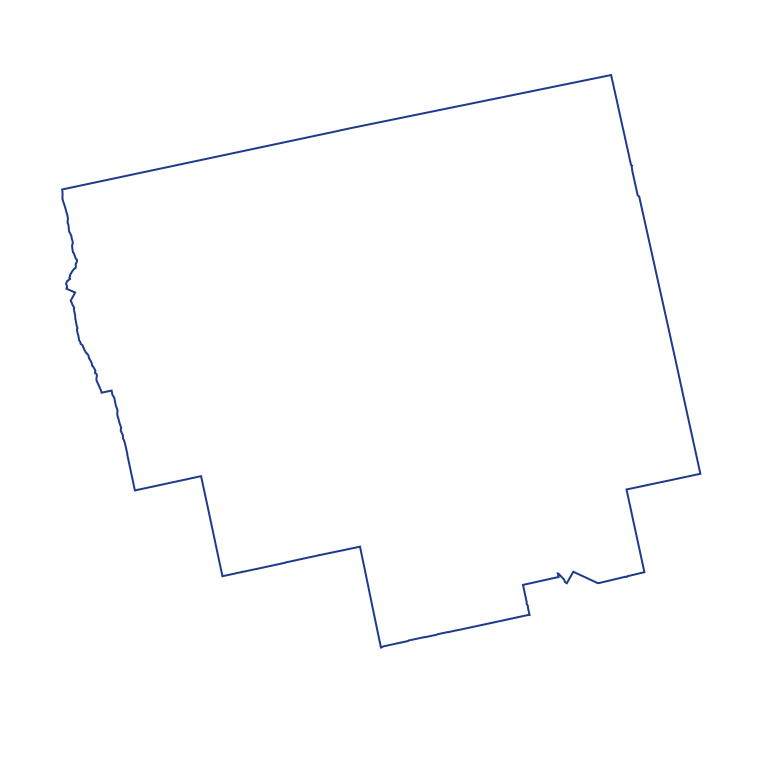 Southern Mallee, South Australia, Australia, rotated 258°
{"feature_id": "25037944B47874528632088", "entity_name": "Southern Mallee", "entity_type": "district", "adm_level": 2, "iso_a3": "AUS", "parent_name": "Australia", "parent_adm1": "South Australia", "projection": "equal_earth", "projection_center": [140.616, -35.367], "detail": "fine", "context": "isolated", "style": "outline", "palette": "blue", "viewbox_px": 768, "rotation_deg": 258, "n_neighbors": 0, "source": "geoboundaries", "source_scale": "gbopen_adm2", "svg_char_len": 5896}
<svg xmlns="http://www.w3.org/2000/svg" viewBox="0 0 768 768"><g transform="rotate(258 384 384)"><path d="M641.2,109.7L636.7,109.1L632.2,108.0L629.6,108.1L623.8,108.8L617.8,109.1L615.0,109.4L611.4,109.2L607.6,108.0L605.3,108.4L598.7,107.7L594.1,109.0L591.1,108.8L588.6,109.1L586.4,108.8L584.0,107.6L579.5,107.2L577.5,107.2L576.2,107.8L570.6,108.6L569.9,109.2L568.9,109.5L567.2,108.9L565.4,107.3L562.6,107.0L561.6,106.3L560.8,104.5L558.8,102.2L555.6,99.4L554.8,99.4L553.3,98.3L552.1,98.8L551.2,96.8L550.8,96.4L550.7,95.7L548.3,93.9L545.9,94.2L544.2,94.0L543.9,93.5L543.2,93.2L537.7,100.9L534.4,98.1L533.7,97.5L530.5,94.8L528.3,95.5L527.5,95.5L525.3,96.0L524.1,96.5L522.7,96.8L521.9,96.2L514.9,96.1L511.7,95.6L510.6,95.7L506.8,95.5L503.7,95.6L503.1,95.8L502.1,95.7L501.7,95.2L500.5,94.8L500.0,94.9L496.6,94.8L495.4,95.1L490.4,94.9L490.2,94.9L487.7,95.8L486.5,95.5L484.5,97.2L479.3,98.1L478.4,98.6L476.7,98.9L475.7,99.8L474.7,100.1L474.1,100.6L472.6,100.9L471.1,100.8L470.4,101.1L470.0,101.0L466.8,102.2L465.6,102.2L464.8,102.5L462.7,102.3L461.6,103.1L457.9,104.3L456.8,104.4L455.0,103.5L454.4,103.9L453.9,104.7L452.9,105.0L451.4,104.8L449.7,104.0L447.5,103.5L436.7,105.8L434.2,106.0L434.2,116.2L429.8,116.1L426.8,117.3L418.5,117.2L413.9,117.9L409.6,116.7L409.0,116.8L408.0,116.7L406.9,116.9L400.7,117.2L397.5,117.6L395.7,117.8L393.4,116.8L392.9,116.8L391.9,117.2L391.2,117.1L388.5,117.9L386.2,117.7L385.1,117.4L384.7,117.4L383.7,117.8L382.3,118.1L381.9,118.0L380.3,118.3L368.9,118.4L368.6,118.2L368.3,118.2L367.5,118.2L367.0,118.2L331.7,118.2L331.9,185.9L300.1,186.0L278.9,186.0L253.6,186.0L229.6,186.0L229.6,199.8L229.7,200.1L229.7,200.5L229.7,201.3L229.7,202.1L229.7,202.5L229.6,203.2L229.6,203.7L229.6,204.2L229.7,204.7L229.6,205.7L229.8,206.1L229.6,206.2L229.7,250.6L229.8,250.6L230.0,251.0L230.0,252.1L230.0,252.8L229.9,253.2L229.9,253.5L229.9,254.0L229.9,255.0L229.9,255.5L229.9,255.9L229.9,256.2L229.9,256.4L230.0,271.1L230.0,284.7L230.0,285.0L230.2,285.4L230.1,285.5L230.0,285.8L230.0,286.7L230.0,290.6L229.9,309.3L229.9,326.7L201.4,326.6L173.2,326.4L126.8,326.2L126.8,326.7L127.0,327.3L127.2,328.0L127.5,328.6L127.5,329.0L127.6,354.0L128.0,354.8L128.0,370.9L127.9,371.6L127.8,372.0L127.8,372.5L127.8,373.4L127.8,382.7L127.8,383.4L127.9,384.1L128.1,385.0L128.1,394.5L127.9,394.7L128.0,403.6L127.9,403.9L128.1,477.3L128.0,477.8L128.0,478.1L127.9,478.3L128.7,478.3L129.3,478.4L129.9,478.3L130.3,478.4L130.7,478.3L131.0,478.3L132.0,478.3L132.3,478.3L132.8,478.3L133.4,478.3L134.2,478.3L135.3,478.3L135.7,478.4L136.8,478.5L137.1,478.6L137.5,478.5L138.2,478.2L139.2,477.9L139.4,477.9L139.6,477.9L139.8,477.9L140.2,478.0L140.5,478.1L140.8,478.2L158.6,478.2L158.9,514.6L162.5,514.6L162.4,514.8L162.1,515.2L161.8,515.5L161.3,515.8L160.8,516.1L160.5,516.3L155.5,519.3L155.1,519.6L152.7,519.8L151.1,521.4L161.0,530.1L144.7,551.8L144.6,552.8L144.6,553.4L144.6,554.7L144.7,555.5L144.8,560.9L144.8,561.6L144.9,565.8L145.0,567.1L145.0,567.7L145.0,568.7L145.0,569.3L145.1,572.4L145.1,572.9L145.1,574.0L145.2,575.8L145.2,577.0L145.3,578.9L145.3,580.0L145.0,580.3L145.0,580.7L144.9,581.8L145.0,582.0L145.4,582.2L145.4,582.8L145.4,584.8L145.5,586.4L145.5,586.8L145.5,588.3L145.5,588.7L145.5,589.0L145.6,590.4L145.6,591.0L145.6,591.6L145.6,593.6L145.7,595.0L145.7,595.7L145.8,598.4L145.8,599.6L192.6,599.4L230.4,599.3L230.4,625.3L230.4,674.8L307.5,674.3L348.1,674.1L384.2,673.8L449.9,673.2L514.4,672.6L514.5,672.5L514.9,672.0L515.6,671.6L516.0,671.4L517.1,671.3L518.1,671.4L518.8,671.3L519.1,671.3L520.2,671.3L520.6,671.3L521.6,671.3L522.1,671.3L522.8,671.3L523.3,671.4L523.6,671.3L523.9,671.3L524.4,671.3L525.1,671.3L525.9,671.3L526.9,671.3L527.6,671.2L528.6,671.3L529.0,671.3L529.9,671.2L530.6,671.3L531.3,671.3L531.7,671.3L532.5,671.2L533.4,671.3L534.3,671.3L534.8,671.2L535.9,671.2L536.9,671.2L537.6,671.2L538.6,671.2L538.9,671.2L539.1,671.2L539.8,671.2L540.2,671.2L540.6,671.2L540.9,671.2L541.1,671.2L541.6,671.2L542.0,671.2L542.7,671.4L543.4,671.4L544.1,671.4L544.6,671.5L545.4,671.6L546.0,672.0L546.4,671.4L546.8,671.2L547.1,671.2L547.6,671.2L547.9,671.2L549.0,671.2L549.5,671.1L550.1,671.2L550.9,671.1L552.6,671.1L553.2,671.1L553.5,671.1L553.9,671.1L554.7,671.1L555.5,671.1L556.1,671.1L556.5,671.1L557.9,671.1L558.7,671.1L559.1,671.1L559.8,671.1L560.4,671.0L561.0,671.0L561.7,671.1L562.0,671.1L562.4,671.1L562.7,671.1L562.9,671.1L563.1,671.1L563.4,671.0L564.2,671.1L565.1,671.0L566.2,671.0L566.5,671.0L566.8,671.0L567.4,671.0L567.6,671.0L567.9,671.0L568.1,671.0L568.6,671.0L569.3,671.0L569.5,671.0L570.3,671.0L570.8,671.0L571.4,671.0L571.8,671.0L572.0,671.0L572.3,671.0L572.5,671.0L573.1,671.0L573.3,670.9L574.2,671.0L574.5,671.0L575.5,670.9L576.2,671.0L576.5,671.0L576.8,671.0L577.6,671.0L578.5,670.9L579.3,670.9L580.3,670.9L580.7,670.9L581.5,670.9L582.7,670.9L583.1,670.9L584.0,670.9L584.3,670.8L585.0,670.9L585.6,670.8L586.6,670.8L586.8,670.8L587.0,670.8L587.3,670.8L588.0,670.8L588.4,670.8L589.4,670.8L590.4,670.8L591.1,670.8L592.2,670.8L592.4,670.8L592.9,670.8L593.4,670.8L594.3,670.8L594.6,670.8L595.0,670.8L595.6,670.7L596.2,670.7L597.0,670.7L597.4,670.8L598.3,670.8L598.9,670.7L599.2,670.7L600.1,670.7L600.7,670.7L601.5,670.7L602.0,670.7L602.3,670.7L602.5,670.7L603.0,670.7L603.5,670.7L604.1,670.7L604.8,670.7L605.7,670.7L606.6,670.6L606.8,670.7L607.9,670.7L608.4,670.7L608.9,670.7L610.0,670.6L610.3,670.6L611.1,670.7L612.0,670.7L612.5,670.7L612.9,670.7L613.2,670.7L614.2,670.6L614.9,670.6L615.5,670.6L616.0,670.6L617.9,670.6L618.4,670.6L619.0,670.6L620.2,670.6L622.8,670.6L623.3,670.5L623.7,670.5L624.5,670.5L625.2,670.5L626.1,670.5L627.0,670.5L627.9,670.5L628.9,670.5L629.2,670.5L629.8,670.5L630.1,670.5L630.3,670.5L630.5,670.5L630.8,670.5L631.9,670.5L632.4,670.5L633.2,670.4L633.9,670.4L634.6,670.4L635.0,670.4L635.5,670.4L635.9,670.4L636.8,670.4L637.4,670.4L638.2,670.4L638.6,670.4L639.0,670.4L641.2,401.0L641.1,390.9L641.2,109.7Z" fill="none" stroke="#1e3a8a" stroke-width="2"/></g></svg>